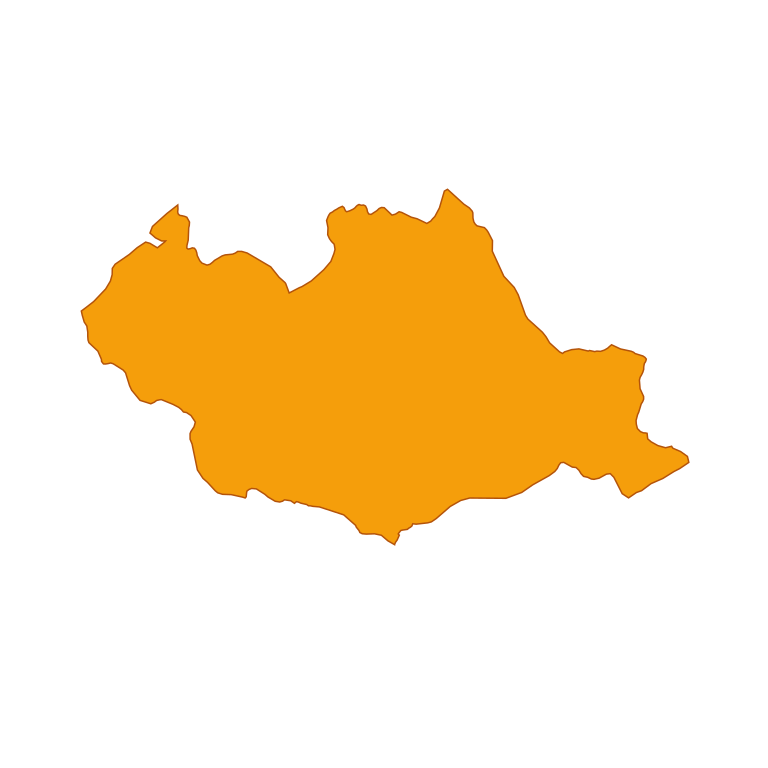 map outline of Beja (Albers equal-area conic projection), rotated 41°
{"feature_id": "PRT-743", "entity_name": "Beja", "entity_type": "District", "adm_level": 1, "iso_a3": "PRT", "parent_name": "Portugal", "parent_adm1": "", "projection": "albers", "projection_center": [-7.969, 37.829], "detail": "fine", "context": "isolated", "style": "filled", "palette": "amber", "viewbox_px": 768, "rotation_deg": 41, "n_neighbors": 0, "source": "natural_earth", "source_scale": "10m", "svg_char_len": 4034}
<svg xmlns="http://www.w3.org/2000/svg" viewBox="0 0 768 768"><g transform="rotate(41 384 384)"><path d="M664.6,242.5L665.5,243.2L662.6,254.0L660.3,259.7L656.4,272.4L650.9,284.0L648.4,295.5L645.7,300.3L643.3,309.5L635.7,310.5L618.7,303.6L613.6,303.2L611.0,306.1L608.1,314.0L605.0,318.2L602.8,319.7L598.9,320.8L595.2,322.8L591.5,322.4L587.7,321.2L583.8,321.0L580.6,323.2L571.1,325.2L569.0,327.5L569.2,330.5L570.2,334.1L570.3,338.0L568.8,344.7L562.4,362.5L559.1,375.5L551.0,390.3L523.5,413.8L518.3,421.6L514.3,433.0L511.7,451.3L510.2,457.0L508.1,460.1L500.2,468.7L497.4,470.6L498.2,472.9L497.9,474.8L497.3,476.5L497.0,478.4L493.8,482.1L492.8,483.6L493.0,487.6L493.5,488.0L494.7,488.0L496.3,493.2L496.5,495.7L497.2,498.0L497.4,498.3L489.9,499.8L481.2,499.9L475.1,503.3L469.1,508.9L465.8,511.3L463.2,511.9L461.3,511.0L457.0,510.2L455.3,509.3L439.4,509.2L415.8,519.2L410.6,523.0L408.4,524.2L406.8,525.5L404.9,525.6L399.4,528.5L397.0,529.2L395.1,530.2L394.7,532.8L390.2,533.3L384.9,536.7L384.3,539.0L382.7,541.5L378.8,543.9L370.5,545.4L366.4,545.4L356.5,546.9L352.6,549.7L351.3,552.2L350.8,554.8L351.7,556.3L354.0,559.5L354.0,561.1L351.8,562.0L341.3,567.7L334.5,573.2L329.9,575.2L326.7,575.3L315.3,574.0L309.3,574.0L299.6,571.3L278.5,555.2L273.9,552.9L270.2,548.7L269.4,546.4L268.7,540.9L266.6,536.5L259.0,534.4L253.7,535.1L251.0,536.7L247.9,536.2L244.4,536.3L238.1,537.8L226.3,541.8L225.2,542.9L223.2,545.6L222.6,548.4L221.0,551.9L215.9,554.1L210.6,556.4L197.6,554.2L193.1,552.2L181.6,545.1L178.0,544.6L166.3,546.4L163.9,547.5L162.4,549.6L160.7,551.6L159.1,552.9L156.1,552.3L154.4,550.7L146.5,546.9L134.2,546.4L131.8,545.0L129.1,542.3L126.5,539.3L121.7,535.2L117.1,533.9L111.2,530.1L107.7,527.5L108.8,522.4L110.8,512.3L111.6,494.9L110.0,485.9L107.1,479.8L103.1,475.0L102.5,470.0L106.8,453.3L108.3,443.0L111.0,433.3L115.0,431.4L123.6,429.9L125.3,420.8L125.3,419.3L122.4,421.9L115.7,423.6L108.3,423.6L105.9,417.0L108.3,397.7L110.9,384.2L113.7,387.1L115.4,389.5L116.9,390.6L119.1,390.8L121.2,389.5L123.7,388.2L125.8,387.5L131.0,389.4L133.1,392.2L134.1,394.2L141.8,403.8L144.5,408.9L146.0,410.8L147.7,410.7L149.0,408.9L150.0,407.0L151.9,405.9L154.2,406.4L156.6,407.8L158.8,409.6L164.0,411.8L167.3,412.2L172.4,410.4L174.1,407.8L174.7,404.8L175.0,401.9L177.8,393.5L179.4,390.8L184.5,385.4L185.9,382.7L186.6,379.9L189.6,377.3L194.8,374.9L221.6,369.9L234.8,372.3L242.7,372.4L243.9,372.7L252.7,377.5L256.9,366.9L258.2,364.3L261.5,354.0L263.6,337.3L263.5,326.4L260.6,318.3L258.7,314.5L254.7,311.2L250.9,310.9L247.5,310.1L243.6,308.3L239.2,302.8L233.4,298.3L232.0,294.4L231.5,292.4L231.3,290.4L232.3,287.9L232.7,285.6L233.6,283.3L234.4,280.6L236.0,277.2L238.1,277.1L239.7,277.9L241.4,278.6L242.8,278.5L243.9,276.8L244.6,275.6L246.1,272.0L246.5,270.1L246.5,268.2L246.7,266.6L247.4,264.9L249.5,264.1L251.2,262.3L253.3,261.8L256.3,263.1L258.5,264.8L260.9,265.7L263.0,264.5L264.9,257.9L265.2,254.7L266.3,252.4L268.5,250.8L279.2,251.3L281.2,248.3L282.4,244.1L284.8,242.9L295.2,240.2L300.5,237.6L311.0,234.7L312.4,230.4L312.3,227.8L312.5,224.2L310.3,214.7L303.0,198.8L304.2,195.4L326.2,195.9L332.9,195.1L337.2,195.7L338.7,196.5L342.3,200.4L345.4,202.7L348.0,203.5L350.5,203.6L357.2,200.1L360.5,200.4L363.1,201.1L371.8,204.6L378.6,212.7L403.8,224.1L418.9,225.7L426.7,228.6L445.7,239.3L450.0,240.6L469.6,241.0L475.4,242.1L482.0,244.3L495.4,244.6L498.7,243.8L499.2,241.3L503.1,234.9L508.1,229.6L516.6,225.1L517.1,223.9L521.8,221.3L523.0,219.6L526.0,217.3L528.1,213.8L529.3,210.2L529.6,207.6L530.0,205.1L539.5,202.4L549.1,197.1L551.6,196.3L553.5,196.3L561.0,193.0L563.5,192.7L565.6,193.1L566.4,194.6L566.8,195.8L567.0,197.6L567.7,198.9L568.8,200.7L570.4,202.6L571.6,205.3L572.4,208.2L572.9,210.9L574.2,213.5L580.4,219.6L588.1,223.1L589.9,225.1L590.8,227.6L591.2,230.3L594.7,238.1L595.5,240.8L598.2,246.2L600.8,248.8L604.5,251.4L608.8,251.7L611.8,250.7L613.6,249.3L614.9,248.6L619.0,252.4L623.5,252.4L631.1,250.8L638.3,247.4L641.9,242.3L643.5,242.8L644.4,242.9L652.1,240.4L660.5,239.6L664.6,242.5Z" fill="#f59e0b" stroke="#b45309" stroke-width="1.5"/></g></svg>